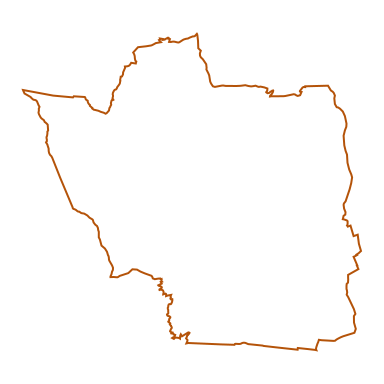 Micesti, Arges, Romania
{"feature_id": "2599482B37753295637725", "entity_name": "Micesti", "entity_type": "district", "adm_level": 2, "iso_a3": "ROU", "parent_name": "Romania", "parent_adm1": "Arges", "projection": "equal_earth", "projection_center": [24.848, 44.975], "detail": "fine", "context": "isolated", "style": "outline", "palette": "amber", "viewbox_px": 384, "rotation_deg": 0, "n_neighbors": 0, "source": "geoboundaries", "source_scale": "gbopen_adm2", "svg_char_len": 5852}
<svg xmlns="http://www.w3.org/2000/svg" viewBox="0 0 384 384"><path d="M347.2,292.4L346.9,290.2L346.5,289.0L346.5,285.8L346.7,283.9L348.0,282.6L348.2,279.3L348.1,277.9L348.1,274.9L358.4,269.1L356.9,265.6L357.3,265.5L353.6,256.8L355.6,255.9L357.0,255.1L356.5,254.6L358.5,253.3L361.0,251.0L358.9,243.8L357.7,234.7L353.6,236.1L350.5,225.6L347.8,226.6L347.6,226.2L347.0,225.5L347.4,224.9L347.6,223.9L347.6,221.3L347.4,220.9L346.8,220.4L344.3,219.5L342.8,219.2L343.6,215.8L345.3,214.6L345.5,212.1L344.1,208.6L343.6,204.9L343.9,203.5L345.6,201.3L349.6,189.4L351.2,183.2L352.1,177.4L351.3,174.5L349.2,169.5L347.5,162.8L347.0,154.6L345.6,150.9L344.3,145.4L343.6,135.7L344.9,130.4L346.3,126.8L346.5,123.6L344.9,116.1L342.8,111.5L340.0,108.7L338.2,107.5L336.7,107.2L334.9,104.0L334.3,98.3L334.9,95.6L333.8,93.0L332.7,91.7L330.9,90.5L328.0,85.7L305.2,86.3L305.2,87.1L303.5,87.0L302.5,87.6L299.9,91.0L299.9,91.4L300.1,91.7L300.6,91.9L301.5,92.0L300.9,93.4L300.5,94.4L300.1,95.2L298.6,95.7L297.6,95.9L296.2,95.3L295.3,94.6L293.8,94.2L285.3,96.0L283.4,96.2L271.2,96.3L270.0,96.5L270.1,95.8L271.9,93.9L273.0,91.8L273.2,90.5L273.1,90.4L272.3,90.8L272.0,90.8L271.4,91.4L270.6,91.6L269.6,92.5L269.1,92.9L267.8,93.2L267.5,93.2L266.2,92.3L266.2,92.1L266.8,91.7L267.0,91.0L267.3,90.3L267.4,88.5L264.3,87.4L260.5,86.6L258.9,86.9L257.7,86.6L255.6,85.7L252.9,86.2L251.1,86.4L248.4,86.0L245.3,85.2L240.6,85.8L236.4,86.0L225.5,85.9L223.1,85.5L221.8,85.6L214.9,86.9L212.9,86.3L211.1,83.6L210.2,81.6L209.2,75.4L208.4,73.4L206.4,69.5L206.6,67.8L206.2,64.2L202.8,59.2L200.8,57.3L200.0,55.6L199.9,53.3L200.8,50.7L198.3,48.3L198.0,40.7L197.4,35.5L197.1,34.1L196.9,33.8L194.8,36.1L193.8,36.4L192.8,36.4L189.7,37.6L188.0,38.5L186.0,38.8L184.0,39.4L183.1,39.8L179.4,42.2L178.6,42.5L177.4,42.4L175.0,41.8L173.9,41.6L172.1,41.7L171.0,42.0L169.1,41.9L169.9,39.1L168.3,38.7L168.4,38.4L168.5,37.8L168.1,37.7L167.9,37.7L165.2,39.2L164.8,39.6L164.1,39.7L164.5,39.4L163.5,39.1L160.0,38.5L160.3,39.3L159.0,40.0L159.8,41.1L160.9,42.2L155.8,43.1L153.7,44.3L151.7,45.3L151.0,45.5L146.0,46.3L138.0,47.2L133.2,52.5L134.2,54.3L134.7,56.1L134.9,58.6L135.4,60.8L136.3,61.5L135.8,63.5L131.2,62.8L129.9,64.9L128.7,65.9L127.2,66.3L124.9,66.5L125.1,67.8L123.1,72.4L123.0,74.4L122.1,76.2L121.7,76.6L120.7,76.7L120.5,78.3L120.1,80.1L120.4,80.7L120.1,81.8L119.9,83.2L119.4,84.3L117.2,87.2L116.8,88.4L116.2,89.3L114.6,89.9L113.8,91.0L112.9,92.9L112.7,94.4L113.0,95.3L113.0,96.4L112.5,98.3L112.6,98.9L113.2,99.3L113.4,99.8L112.8,100.1L112.0,100.0L111.5,100.7L110.9,103.1L111.2,104.8L110.5,106.0L110.2,106.9L109.4,108.1L109.0,110.5L106.7,113.1L105.6,113.7L103.7,112.7L100.9,111.9L98.5,110.8L94.9,109.9L93.8,109.7L92.2,108.5L92.4,108.0L89.9,105.9L89.9,104.9L89.1,104.3L88.3,103.2L87.7,101.6L87.7,100.7L86.0,99.6L85.6,98.9L85.3,97.7L84.8,97.0L73.8,96.3L73.0,97.4L53.2,95.6L23.0,90.0L23.3,90.8L24.5,93.5L30.6,97.0L31.5,98.1L33.4,99.7L35.1,100.0L36.2,100.5L37.0,101.4L38.7,105.5L39.5,106.8L39.2,107.7L38.8,108.7L38.9,110.4L38.5,112.7L39.0,114.3L40.7,117.5L41.6,118.5L43.9,120.2L44.7,122.0L45.4,122.4L47.2,124.1L47.7,124.7L48.1,130.5L47.4,131.6L47.4,133.4L47.2,135.0L47.0,136.0L46.5,137.1L46.6,138.5L46.9,139.8L46.8,141.4L46.0,142.3L46.1,142.6L46.9,143.7L47.5,144.9L47.6,145.5L48.6,148.5L48.7,151.1L49.1,153.0L50.0,154.8L51.4,156.2L52.3,157.9L60.2,177.8L72.6,207.3L72.8,208.2L73.4,208.9L74.5,209.2L75.9,209.9L77.2,211.0L78.2,211.6L79.3,211.7L81.3,213.1L84.2,213.6L87.4,215.5L89.5,217.7L92.4,219.4L92.9,220.0L93.6,222.5L95.3,224.7L97.0,226.0L97.9,227.9L98.2,230.1L98.8,231.8L98.8,237.4L99.9,239.5L101.5,245.6L104.9,248.5L107.0,251.8L108.0,255.2L108.5,256.0L108.8,257.3L109.0,259.8L109.5,261.0L112.1,265.5L113.0,267.8L112.9,269.9L112.0,271.8L111.5,274.2L110.5,276.4L110.5,277.1L113.7,277.0L117.2,277.3L118.1,277.0L119.7,275.9L128.3,273.1L132.4,269.3L137.0,269.6L140.5,271.6L144.8,273.4L151.5,275.8L152.2,276.7L152.8,278.4L154.8,279.2L158.2,278.6L160.1,278.5L160.2,278.9L160.5,279.2L161.0,279.3L161.6,279.0L161.7,279.4L161.4,279.9L161.6,281.3L161.9,281.6L160.8,281.9L161.7,283.6L158.3,285.3L158.6,285.7L160.8,286.4L161.6,286.9L161.8,287.6L161.5,288.1L159.5,289.4L159.4,289.8L159.5,290.0L160.5,289.7L161.1,289.7L162.6,290.1L163.1,290.7L163.5,291.6L163.6,292.6L163.5,293.5L163.2,294.0L163.2,294.4L165.4,293.6L165.9,293.8L166.2,294.6L166.1,296.1L167.8,295.5L171.1,294.9L170.6,296.1L170.6,296.8L170.9,297.2L170.4,298.7L171.1,299.4L172.3,299.2L172.4,300.1L172.0,302.1L171.2,303.8L170.7,304.2L169.4,304.1L168.7,304.5L168.3,305.6L168.2,307.0L167.8,307.7L167.8,308.9L168.2,309.8L168.2,311.6L168.3,313.1L168.1,313.6L167.0,314.4L167.1,315.0L167.5,315.7L168.4,316.1L169.0,316.1L169.6,316.4L170.3,317.1L170.3,317.6L169.1,319.2L169.2,320.4L169.1,320.9L168.3,321.5L168.5,322.1L169.8,322.9L170.3,323.4L170.2,323.8L169.8,324.3L170.9,325.9L171.0,325.9L171.0,326.1L171.5,326.7L171.8,327.8L171.5,328.4L171.2,328.7L170.8,329.4L170.5,330.3L170.1,331.0L170.1,331.4L171.3,332.2L171.2,333.4L171.6,333.5L172.4,333.4L172.8,332.9L173.4,334.1L173.5,334.0L174.0,334.4L175.2,334.9L174.5,336.8L172.9,337.5L172.2,338.0L173.9,338.9L175.1,337.7L177.1,337.7L179.1,338.0L180.0,338.6L180.1,336.2L180.6,334.7L180.8,334.3L182.0,336.3L188.3,332.4L189.0,332.5L189.5,332.9L189.0,333.8L188.1,333.7L188.0,334.3L188.0,335.0L187.1,335.6L187.0,336.5L186.1,338.4L187.5,340.0L187.4,341.0L186.4,343.4L188.3,343.0L221.1,344.4L234.5,344.8L234.9,344.0L235.6,343.8L239.1,344.0L240.1,343.9L240.9,343.7L242.0,343.1L243.0,342.8L244.0,342.7L245.4,342.9L248.2,344.1L262.8,345.6L263.3,345.9L275.6,347.3L297.6,349.7L297.8,348.0L308.2,349.1L315.0,349.9L316.4,350.2L316.1,349.5L316.0,348.8L316.3,347.2L317.5,343.6L318.2,342.1L318.9,339.8L321.4,340.2L333.7,340.9L335.1,340.7L336.4,339.6L338.5,338.4L340.9,337.2L343.4,336.2L354.4,332.8L355.8,328.9L354.0,322.6L353.9,316.1L355.4,313.9L353.9,309.1L348.2,297.1L346.7,294.7L347.2,292.4Z" fill="none" stroke="#b45309" stroke-width="2"/></svg>